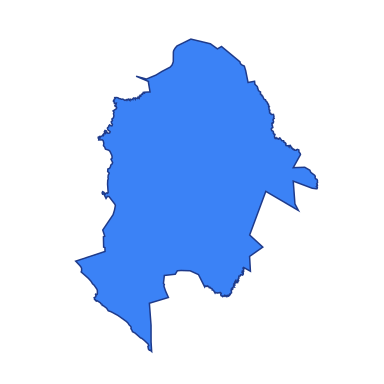 outline of San Ignacio, Sinaloa, Mexico, rotated 351°
{"feature_id": "50627088B92995602725414", "entity_name": "San Ignacio", "entity_type": "district", "adm_level": 2, "iso_a3": "MEX", "parent_name": "Mexico", "parent_adm1": "Sinaloa", "projection": "equal_earth", "projection_center": [-106.307, 23.924], "detail": "fine", "context": "isolated", "style": "filled", "palette": "blue", "viewbox_px": 384, "rotation_deg": 351, "n_neighbors": 0, "source": "geoboundaries", "source_scale": "gbopen_adm2", "svg_char_len": 6021}
<svg xmlns="http://www.w3.org/2000/svg" viewBox="0 0 384 384"><g transform="rotate(351 192 192)"><path d="M154.9,68.9L166.3,76.0L166.1,76.4L166.2,86.6L160.7,86.0L160.6,86.6L160.0,86.3L160.1,86.8L159.1,86.5L158.5,87.0L158.4,87.6L158.1,87.4L157.8,87.8L157.4,87.7L156.6,88.5L155.7,88.4L155.5,88.9L156.0,89.5L155.1,89.6L154.4,91.4L153.7,90.9L153.5,89.9L152.6,91.1L150.9,90.3L150.5,91.5L149.9,90.4L149.0,90.0L148.1,90.7L148.1,91.4L147.4,91.1L146.4,91.4L145.9,90.8L145.4,91.2L145.0,90.9L144.7,91.0L144.8,91.8L144.2,91.4L144.0,90.3L142.9,90.5L142.1,91.3L141.7,90.5L140.1,91.0L138.2,89.4L136.9,89.4L135.4,88.5L134.3,88.2L133.7,87.4L132.4,86.9L130.5,86.7L130.7,87.7L129.6,88.3L129.4,89.1L129.0,89.3L129.1,89.8L128.6,90.0L129.2,91.0L129.2,92.4L131.2,92.4L130.4,94.1L129.4,94.4L129.3,94.8L129.7,95.6L130.5,95.6L130.8,97.0L130.3,97.9L126.7,99.6L127.2,100.3L127.4,101.3L126.7,102.3L126.8,104.5L126.0,106.4L124.3,107.4L124.6,109.1L123.2,110.0L123.3,111.4L124.0,112.7L123.4,114.1L122.5,114.1L121.1,112.8L120.2,113.6L119.9,114.6L118.7,115.2L118.4,115.7L118.8,117.7L120.6,119.5L120.4,120.1L119.9,120.8L118.6,120.9L117.8,120.6L116.7,118.0L115.7,117.6L114.9,118.7L116.1,120.1L115.8,120.5L116.0,121.2L114.9,120.0L114.8,120.7L114.3,120.5L113.1,121.4L113.5,122.1L113.1,122.6L112.5,122.3L110.2,123.2L109.8,122.6L109.0,122.8L109.4,124.0L107.9,123.5L107.9,124.5L108.3,125.0L108.0,126.0L111.5,126.5L112.3,127.4L112.5,130.0L111.8,132.4L112.8,134.0L113.2,136.1L116.3,137.7L117.3,138.9L118.5,143.1L118.6,144.7L118.2,146.3L117.1,146.9L118.2,150.3L117.7,151.6L116.0,152.7L115.4,154.3L114.3,155.7L112.5,156.1L111.9,158.6L113.1,160.2L113.1,160.7L111.9,162.2L111.3,164.5L111.4,165.8L110.6,167.2L109.8,171.2L109.1,179.5L108.3,180.1L107.9,179.6L107.1,179.6L105.9,180.6L104.9,178.5L103.8,177.7L103.2,178.5L103.1,179.2L103.4,180.2L104.2,180.1L104.7,180.5L106.1,184.9L107.7,183.1L109.3,183.5L113.9,192.0L114.2,193.4L112.6,197.8L110.5,202.1L97.9,215.6L98.9,222.0L97.5,222.4L96.1,232.6L97.3,233.3L96.8,237.1L66.3,242.1L69.8,247.2L70.7,249.0L71.0,250.0L70.6,252.8L70.0,253.6L76.1,261.0L78.3,264.4L79.4,267.1L80.8,268.8L82.9,273.2L83.1,274.5L82.6,277.8L82.3,278.3L81.6,278.6L81.3,278.5L81.0,277.8L80.7,278.0L80.9,278.7L80.6,280.4L78.8,281.1L79.2,282.6L79.0,282.9L79.7,283.3L79.6,283.7L80.1,284.5L80.6,284.8L80.8,284.4L81.2,284.5L84.2,287.1L84.5,288.1L85.5,288.8L85.6,290.0L86.4,290.2L89.5,293.4L90.7,296.2L93.3,297.6L99.5,302.3L106.9,309.6L108.3,311.5L109.1,313.4L110.5,315.2L110.7,316.7L110.3,317.4L111.2,319.5L111.3,320.6L113.7,322.4L118.4,328.1L119.4,328.6L121.4,330.8L124.9,335.3L125.2,337.0L124.3,337.6L124.4,340.4L125.2,341.7L126.0,341.7L127.2,343.2L128.1,333.8L130.7,317.2L132.5,295.2L152.2,292.5L150.4,285.7L149.5,280.4L150.2,279.1L149.5,277.8L151.6,270.1L162.6,270.6L165.2,267.5L168.9,267.8L177.8,269.5L185.5,274.6L189.7,287.8L190.4,286.9L191.4,287.5L192.3,287.0L192.8,287.8L193.6,287.8L194.1,289.3L195.1,289.1L195.7,290.3L196.5,290.5L196.8,291.1L196.6,291.9L197.8,292.4L199.0,295.5L199.6,294.9L201.1,295.8L201.9,295.5L202.7,295.9L203.3,295.6L203.6,295.9L204.3,295.7L205.0,296.7L204.4,297.4L204.4,298.7L204.7,299.2L205.4,299.2L206.0,300.2L207.0,299.7L207.4,299.8L208.0,299.1L208.4,299.3L208.4,300.0L209.2,299.7L209.5,300.6L210.6,299.7L211.0,300.6L211.3,300.3L211.8,300.6L212.6,300.1L212.3,299.7L213.1,298.9L214.1,299.6L213.8,299.1L214.0,298.4L215.3,297.7L215.3,295.9L216.0,296.2L215.4,295.5L215.7,294.1L216.9,294.4L217.2,293.6L216.7,293.2L216.9,292.8L218.1,292.3L218.9,292.5L218.5,291.6L218.5,290.4L219.1,289.8L219.1,290.6L219.7,290.7L219.8,289.3L219.5,289.0L220.5,288.7L220.0,288.4L220.4,288.1L220.2,287.6L221.2,286.3L221.7,287.5L221.5,288.2L222.2,288.0L222.4,288.6L222.9,288.6L223.0,286.4L223.4,286.7L223.5,287.5L224.2,286.9L224.0,285.2L225.0,284.3L224.7,283.8L225.2,282.4L226.2,282.6L226.9,282.0L227.0,281.4L227.6,281.3L229.0,282.0L229.8,281.1L229.9,280.5L229.3,280.1L229.0,279.4L230.0,279.4L230.2,279.0L229.7,278.9L229.5,278.5L230.2,278.5L229.8,277.9L230.5,277.8L231.0,276.8L230.8,276.4L230.2,276.5L231.0,275.9L230.5,275.6L230.6,274.9L231.2,274.6L237.3,279.4L238.8,264.6L253.3,257.5L242.2,243.5L265.0,202.9L294.2,226.9L291.8,219.8L293.7,197.1L311.3,207.1L315.4,208.3L316.0,208.3L316.5,207.4L315.8,206.4L316.4,206.3L316.3,205.2L316.5,204.9L316.9,205.0L316.9,204.2L316.4,203.5L317.5,202.3L317.4,201.7L317.7,200.6L317.5,199.2L316.1,198.2L315.8,197.2L316.2,195.7L315.7,194.6L312.4,191.2L311.8,188.9L307.2,185.2L295.8,183.8L305.0,172.0L304.9,170.9L303.9,169.1L304.1,167.2L302.8,166.4L301.8,166.6L301.4,167.1L299.9,166.7L299.8,166.2L299.2,166.2L299.0,165.5L298.5,165.7L297.7,164.7L297.8,164.3L297.2,164.0L297.3,163.3L296.9,163.0L296.5,161.6L295.6,162.3L295.6,161.4L295.4,161.3L294.9,162.5L294.5,161.4L293.0,161.2L292.5,160.5L292.1,160.6L291.9,159.1L292.3,158.7L292.1,158.4L291.4,157.5L290.7,157.3L290.5,155.7L288.8,155.4L287.2,152.3L286.6,152.5L286.0,153.4L285.3,153.1L284.8,152.3L284.1,152.5L283.6,151.5L282.6,152.2L282.4,151.9L282.1,150.8L282.2,149.7L282.9,148.2L282.1,148.0L282.0,146.9L281.5,146.5L281.7,146.2L281.8,145.3L281.3,144.3L280.4,143.9L280.1,142.1L280.8,141.7L281.2,140.9L281.9,140.9L281.8,139.1L281.4,138.5L281.9,137.4L281.6,136.8L282.2,136.2L283.0,136.5L283.5,135.6L283.6,135.0L283.2,133.5L283.7,133.2L283.8,132.5L284.7,132.1L284.3,131.0L284.8,130.2L284.6,128.1L282.9,128.0L282.1,127.4L282.1,126.7L281.0,126.0L281.3,125.0L281.1,124.4L281.7,123.4L281.0,122.8L281.2,121.1L281.1,120.3L281.6,119.9L281.1,119.5L281.3,119.2L281.3,118.3L281.0,117.8L281.2,117.2L280.4,116.6L280.5,115.8L280.2,114.9L279.3,113.8L279.0,112.4L278.5,112.3L277.5,111.3L276.8,108.4L276.3,108.1L276.2,107.4L275.8,107.4L275.4,106.2L274.9,106.0L275.3,103.9L274.4,103.2L273.5,102.1L273.3,100.3L273.0,100.0L273.2,99.2L272.9,98.0L271.0,95.5L271.1,92.4L264.5,92.6L264.0,80.5L263.4,76.1L263.1,75.5L261.7,74.8L260.3,73.4L259.7,72.0L259.8,71.1L259.6,70.8L243.9,52.9L239.5,54.6L233.4,48.5L214.8,40.8L200.0,45.4L197.9,47.2L196.0,49.5L195.5,50.8L193.9,60.4L192.2,63.4L190.1,65.2L181.2,68.2L174.6,70.9L164.6,73.3L154.9,68.9Z" fill="#3b82f6" stroke="#1e3a8a" stroke-width="1.5"/></g></svg>